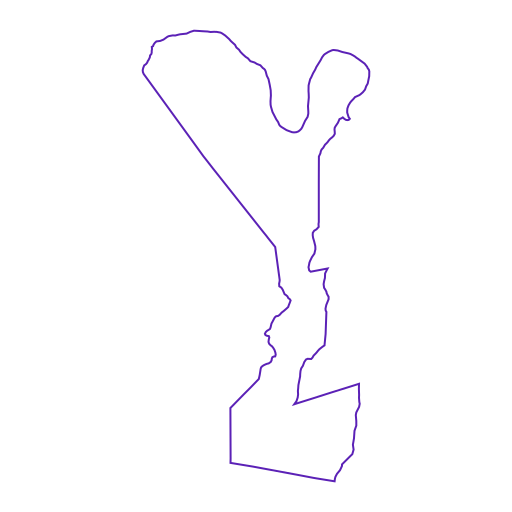 Rodelas, Bahia, Brazil (Robinson projection)
{"feature_id": "56859067B89920954652408", "entity_name": "Rodelas", "entity_type": "district", "adm_level": 2, "iso_a3": "BRA", "parent_name": "Brazil", "parent_adm1": "Bahia", "projection": "robinson", "projection_center": [-38.654, -9.234], "detail": "fine", "context": "isolated", "style": "outline", "palette": "violet", "viewbox_px": 512, "rotation_deg": 0, "n_neighbors": 0, "source": "geoboundaries", "source_scale": "gbopen_adm2", "svg_char_len": 4290}
<svg xmlns="http://www.w3.org/2000/svg" viewBox="0 0 512 512"><path d="M156.4,41.4L154.8,42.9L153.6,44.6L153.1,46.1L151.8,46.9L152.0,49.0L151.7,50.9L151.7,52.6L151.3,54.1L150.1,55.4L149.8,57.4L148.6,59.9L147.7,61.2L147.2,62.6L145.9,64.2L144.2,65.4L143.2,68.0L142.7,70.1L142.9,72.1L143.7,74.0L145.9,77.0L192.6,141.3L203.5,156.4L205.1,158.4L213.2,168.8L214.4,170.3L263.9,232.8L266.2,235.6L268.1,238.1L275.2,247.0L279.7,280.1L279.5,281.8L279.1,283.7L279.3,286.3L281.3,287.6L282.7,289.7L283.8,292.3L284.6,294.2L285.9,295.0L287.4,296.3L288.3,298.1L289.7,299.1L290.6,300.4L289.9,302.4L288.9,304.9L288.2,307.0L286.6,308.5L285.0,309.9L283.5,311.2L282.0,312.3L281.0,313.3L279.6,314.9L277.9,316.0L276.2,316.2L274.8,317.4L273.8,319.2L272.5,321.7L271.5,323.5L271.1,325.1L270.6,327.3L270.0,328.9L268.6,329.9L267.2,330.7L265.8,332.0L264.9,333.8L265.5,335.1L267.0,335.8L268.8,336.1L269.3,337.5L268.8,339.4L268.5,341.9L269.1,343.7L270.6,345.3L271.9,346.2L273.2,347.8L274.5,350.0L275.4,352.7L275.7,354.7L275.2,356.4L273.9,356.5L272.4,357.2L271.8,358.7L271.6,360.3L270.8,361.9L268.7,363.4L267.0,363.8L265.7,364.3L264.0,365.1L262.4,366.1L261.1,367.4L260.6,369.1L260.4,370.6L260.1,372.4L259.7,375.0L259.3,376.8L258.8,379.0L250.9,387.2L243.6,394.5L230.4,408.0L230.6,458.7L230.5,462.9L253.0,466.6L297.3,474.8L313.1,477.8L316.0,478.3L334.6,481.3L334.9,478.8L335.4,476.9L336.1,475.5L337.0,473.8L338.5,472.0L340.0,470.2L341.2,467.7L342.0,465.9L342.0,464.4L348.4,458.0L350.2,456.2L352.3,454.2L353.6,449.6L352.9,444.7L354.0,438.3L354.5,430.8L356.3,425.6L356.3,421.0L355.8,415.1L356.3,412.4L359.1,406.9L359.7,403.8L359.3,401.9L359.0,397.8L359.1,394.9L358.9,389.0L359.0,383.8L356.2,384.7L350.2,386.6L331.6,392.4L313.1,398.3L294.3,404.2L296.5,401.1L297.7,397.5L298.1,394.4L297.9,391.0L298.2,388.1L298.4,385.1L299.1,381.5L300.1,376.5L300.2,373.9L300.5,371.0L301.2,368.4L302.9,365.8L304.3,362.0L306.0,359.5L307.6,358.8L311.2,359.0L312.5,357.6L313.6,355.6L314.7,354.5L315.6,353.6L316.7,352.4L317.7,351.1L319.3,349.3L321.4,347.6L323.0,346.4L324.5,345.4L325.6,334.1L326.4,311.9L325.7,310.6L325.5,308.8L325.8,307.2L326.3,304.9L327.2,302.7L328.0,300.7L328.6,299.2L328.6,296.8L327.5,294.9L326.7,293.3L326.4,291.7L325.4,289.8L324.1,287.8L323.6,284.2L324.1,281.2L324.9,278.1L325.0,276.5L325.1,273.4L326.8,270.0L327.6,268.5L310.7,271.7L309.2,270.4L308.5,267.2L308.9,265.5L309.4,262.7L310.1,260.9L311.9,257.2L314.4,253.6L315.4,249.2L315.3,246.1L314.1,241.2L313.1,237.9L312.7,235.2L312.8,232.8L314.2,230.7L316.5,229.3L318.7,226.9L318.5,224.0L318.8,222.1L318.8,183.9L318.8,182.2L318.9,156.5L319.8,154.6L320.4,153.3L320.8,151.3L321.6,149.5L323.2,147.8L324.3,145.9L325.1,144.6L326.3,143.5L327.7,142.0L328.9,140.3L330.3,138.8L332.2,137.3L333.7,135.8L334.8,133.8L334.7,131.5L334.5,129.6L334.7,127.8L335.4,126.5L336.4,125.0L337.9,122.8L338.7,121.0L339.5,119.1L341.4,118.3L342.8,117.4L344.4,118.9L346.0,119.9L347.4,120.1L348.7,119.9L349.8,118.8L348.6,117.1L347.2,112.6L347.2,110.6L347.4,108.4L348.5,105.4L350.1,102.7L351.1,101.4L353.6,98.8L355.0,97.1L359.4,95.1L360.5,94.3L362.8,92.3L365.0,89.6L366.2,86.2L367.7,83.6L369.2,76.2L369.3,71.3L368.8,69.6L367.7,68.2L367.1,66.8L364.6,63.6L357.9,58.7L356.5,57.8L354.9,56.5L353.1,55.4L350.5,54.0L348.5,53.4L342.3,52.0L337.8,50.5L334.7,50.1L333.1,50.0L331.7,50.4L328.4,51.9L325.0,54.0L323.9,54.9L322.1,57.3L320.6,60.2L316.3,67.1L315.2,69.6L313.1,73.2L311.1,77.6L310.2,79.1L309.0,83.7L308.6,85.4L308.5,91.0L308.7,94.0L308.8,97.6L308.0,106.1L308.3,111.5L308.3,113.7L307.6,116.9L305.1,120.8L302.3,127.1L301.3,128.8L299.7,130.4L298.4,131.4L296.3,132.2L294.0,132.4L292.1,132.2L288.3,130.8L286.5,130.1L283.3,128.1L281.5,127.0L280.0,125.8L279.2,124.7L278.1,122.0L276.3,119.4L272.5,112.0L271.0,106.9L270.6,104.8L270.5,101.2L270.7,98.2L270.9,95.6L270.7,90.3L269.7,84.7L268.5,79.1L266.8,75.7L265.7,71.5L265.0,69.9L264.1,68.9L262.8,68.0L260.4,65.3L256.8,63.9L254.6,62.5L250.4,61.2L247.9,58.3L245.7,56.9L242.6,54.1L240.4,51.8L239.0,49.7L236.4,47.5L235.0,44.8L232.2,42.3L230.7,40.9L229.2,39.1L225.2,35.5L222.1,33.4L220.6,32.6L216.7,31.9L214.0,31.8L210.6,32.0L207.6,31.5L202.2,31.2L200.9,31.1L199.4,31.0L194.0,30.7L190.2,31.9L186.6,33.6L180.1,34.3L178.3,34.7L175.3,35.5L172.7,35.4L168.9,36.1L167.5,36.7L163.5,39.6L162.0,40.2L160.3,40.9L159.0,41.1L156.4,41.4Z" fill="none" stroke="#5b21b6" stroke-width="2"/></svg>